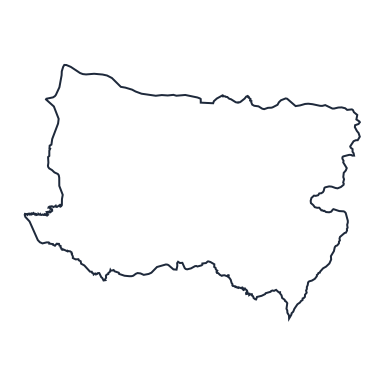 Khon Buri, Nakhon Ratchasima, Thailand, rotated 271°
{"feature_id": "78962969B59767339718712", "entity_name": "Khon Buri", "entity_type": "district", "adm_level": 2, "iso_a3": "THA", "parent_name": "Thailand", "parent_adm1": "Nakhon Ratchasima", "projection": "natural_earth1", "projection_center": [102.149, 14.385], "detail": "fine", "context": "isolated", "style": "outline", "palette": "slate", "viewbox_px": 384, "rotation_deg": 271, "n_neighbors": 0, "source": "geoboundaries", "source_scale": "gbopen_adm2", "svg_char_len": 5919}
<svg xmlns="http://www.w3.org/2000/svg" viewBox="0 0 384 384"><g transform="rotate(271 192 192)"><path d="M159.7,30.1L141.2,38.7L139.1,40.8L138.0,43.4L139.1,47.6L139.1,49.5L138.8,50.1L137.9,50.1L137.5,53.8L136.9,53.8L135.9,55.9L137.1,56.7L137.5,58.0L137.9,58.0L137.8,59.9L136.1,60.4L135.7,61.6L134.2,61.6L133.6,62.3L132.9,62.4L132.7,63.1L132.0,63.2L131.9,64.0L132.3,64.5L130.8,67.9L131.1,68.4L130.5,68.9L130.8,69.3L130.5,71.3L129.5,72.7L128.4,72.7L128.2,73.1L127.5,73.0L125.6,74.0L123.9,74.0L122.6,76.8L122.8,79.6L121.7,80.1L120.8,81.9L118.4,82.4L116.7,85.6L110.6,91.4L110.5,93.2L109.6,93.4L108.8,94.8L107.8,95.1L108.7,96.3L108.8,96.8L108.0,97.4L108.6,97.9L108.5,98.7L109.3,99.4L109.3,100.7L105.2,102.8L104.5,103.8L102.0,105.1L102.3,106.8L102.8,106.4L104.8,107.6L106.7,107.4L107.8,108.0L108.5,109.7L109.4,109.7L110.9,111.4L112.6,111.8L112.1,112.1L112.0,113.2L112.6,115.0L111.4,115.9L110.0,120.2L108.8,120.6L107.1,126.0L106.7,130.9L106.8,133.2L107.3,134.8L109.2,137.2L110.0,139.0L109.7,141.9L108.3,145.2L109.3,150.1L110.6,152.8L116.4,158.3L119.1,167.2L118.9,168.9L118.4,169.9L114.3,174.8L114.1,177.9L117.9,178.6L120.6,178.4L122.0,179.3L120.8,181.1L121.0,183.6L115.7,186.1L114.9,187.1L114.6,188.5L115.6,192.3L117.9,196.3L118.1,197.6L117.6,198.7L118.8,202.8L119.5,203.6L120.7,203.6L121.2,207.2L122.8,208.9L122.9,209.6L122.3,211.7L120.1,215.6L117.5,215.5L116.5,216.9L115.0,217.2L113.7,218.7L112.5,217.9L111.5,218.4L111.3,219.7L109.7,221.3L108.7,223.3L109.2,224.3L109.3,226.0L108.4,228.6L109.5,229.6L109.3,230.2L107.5,229.9L106.9,230.8L105.0,232.2L101.7,233.2L100.5,234.1L99.3,234.0L98.8,234.4L98.4,237.0L97.7,237.1L97.8,238.1L97.1,238.9L97.6,239.7L96.9,240.3L97.3,241.1L96.6,243.1L97.3,243.6L97.4,244.1L96.6,244.7L95.5,244.6L94.9,245.2L95.2,245.8L96.4,245.7L96.5,246.6L95.5,247.1L95.2,248.0L94.2,248.8L93.1,248.6L91.9,247.8L90.9,248.0L91.0,248.6L92.3,249.0L92.4,249.4L91.2,249.6L91.3,251.0L89.9,251.0L90.9,252.8L90.8,253.7L89.5,253.8L88.8,254.9L87.0,255.5L85.8,257.2L85.7,258.0L88.2,258.8L89.4,263.4L91.2,266.9L92.1,267.4L93.6,272.3L94.4,272.9L94.9,274.1L94.6,275.7L95.6,277.8L93.2,280.5L93.3,281.8L92.1,281.8L90.3,283.3L87.6,284.0L85.9,286.5L84.8,286.8L84.1,288.0L82.5,289.2L76.9,288.5L75.3,289.3L72.9,289.5L70.3,291.1L67.2,291.3L71.1,293.5L72.5,293.7L74.1,295.3L77.0,296.4L81.6,299.4L83.4,301.9L84.8,302.8L85.9,304.4L87.5,304.5L88.0,305.7L89.1,306.7L91.3,306.8L93.3,308.4L95.5,307.8L97.0,308.5L99.0,308.5L100.9,309.3L103.7,309.7L104.7,310.7L105.5,313.4L107.3,316.3L110.0,318.3L111.2,318.3L112.0,319.3L113.3,319.9L113.6,321.2L114.6,321.5L118.0,324.4L119.7,327.3L122.9,330.6L126.9,332.3L130.3,332.0L135.3,334.9L139.2,335.7L140.5,336.6L141.1,338.1L143.2,339.8L144.9,339.8L146.2,340.7L148.0,340.3L149.7,340.8L153.7,345.3L154.0,346.6L156.2,347.7L157.8,347.5L159.0,348.2L161.9,347.7L164.1,348.3L165.9,348.3L173.6,346.1L174.9,344.9L175.3,344.0L175.5,339.6L177.3,333.8L176.9,333.1L174.8,331.6L174.1,329.5L174.3,326.4L175.5,324.6L175.3,323.7L176.0,322.7L175.9,321.7L178.5,319.5L178.4,317.4L179.0,315.0L181.0,313.5L183.0,311.1L185.2,310.8L188.1,311.5L190.5,314.0L190.3,315.8L191.0,318.2L192.8,319.3L193.0,321.2L194.0,322.8L195.5,323.7L198.3,324.3L199.0,325.1L200.0,329.0L199.8,331.6L198.5,335.5L198.2,337.5L199.6,340.8L201.8,343.4L202.9,343.6L204.1,343.0L207.4,343.8L209.6,343.0L213.8,343.4L216.2,345.4L218.6,346.3L224.2,342.7L225.8,343.0L227.9,341.8L229.4,341.8L230.2,342.5L231.9,348.6L231.8,350.6L231.2,351.6L231.2,353.4L233.6,352.9L235.1,351.8L237.7,351.8L239.1,349.9L240.4,349.4L245.6,352.7L246.6,354.8L246.7,356.8L250.2,358.8L253.9,357.5L255.9,355.8L259.7,353.7L261.6,353.9L262.9,357.3L264.7,358.6L265.4,358.2L267.4,355.1L271.9,355.9L274.6,352.5L276.7,351.5L277.4,350.4L276.8,345.7L278.4,343.7L279.2,340.2L279.0,336.8L277.9,332.5L277.9,330.9L281.2,323.7L280.4,320.8L280.4,318.6L281.9,310.9L282.3,306.7L282.0,303.5L280.5,298.6L279.7,294.1L286.9,285.5L287.2,284.0L285.3,279.4L283.2,277.3L280.7,276.0L278.2,271.4L277.7,270.1L277.5,266.5L276.1,262.7L276.5,260.8L278.8,257.0L279.3,252.7L280.4,250.7L282.7,249.7L284.0,249.8L284.3,248.8L284.8,248.9L284.9,248.5L286.1,248.8L287.1,247.3L287.5,247.3L287.7,246.7L288.2,246.9L289.0,246.0L288.3,244.5L286.3,243.0L283.1,239.1L282.5,238.1L282.5,236.6L282.1,236.4L282.5,234.2L285.4,229.4L285.9,227.6L287.6,225.6L287.8,223.9L288.3,223.3L288.2,221.3L289.0,221.3L289.2,220.9L285.9,215.2L283.2,212.3L281.1,211.6L281.5,199.2L285.1,199.1L285.7,198.3L286.6,195.8L288.9,183.6L288.0,174.7L288.8,171.7L288.1,166.1L288.4,160.1L287.6,154.1L289.4,139.8L291.5,133.8L293.3,130.3L295.2,123.5L295.9,119.0L304.6,109.9L307.0,105.0L307.9,100.5L308.5,92.1L307.7,84.0L308.0,80.8L309.0,78.0L315.0,68.6L316.8,64.1L316.8,62.1L314.9,61.0L310.4,59.7L306.5,59.6L294.4,57.6L286.7,54.2L285.4,53.2L284.2,51.4L282.7,44.8L282.0,44.4L275.1,52.4L262.8,57.4L258.1,56.9L242.5,51.3L236.9,50.6L235.9,48.9L232.9,48.7L232.7,49.4L230.8,48.6L225.6,48.7L224.4,47.5L218.7,47.9L215.7,47.5L214.5,47.8L213.1,48.8L211.5,51.6L209.2,54.1L207.7,57.5L206.4,58.5L203.9,59.0L195.8,59.2L186.9,62.8L182.6,62.1L176.6,62.1L175.8,61.6L176.1,61.2L176.8,61.5L176.9,60.4L176.2,60.0L175.4,60.8L175.1,60.5L176.2,59.4L174.7,57.2L174.8,56.6L175.8,56.1L175.1,55.6L175.2,54.8L174.5,53.8L175.3,52.2L175.0,50.4L174.1,50.7L174.7,49.5L174.3,48.9L173.9,48.8L174.0,49.6L173.5,50.2L172.6,50.7L172.2,52.4L171.0,52.5L170.9,51.9L170.3,52.0L169.3,50.7L170.0,50.1L169.3,49.7L169.8,48.8L169.5,47.4L168.8,48.1L168.0,48.1L168.0,47.1L167.3,47.1L166.6,48.3L165.9,47.5L166.3,46.5L166.7,46.8L166.6,46.0L167.4,45.2L167.2,44.8L166.5,44.8L166.5,43.5L166.9,42.8L166.4,41.7L166.6,40.9L167.2,40.6L166.7,40.2L166.7,39.6L167.5,38.7L166.8,38.5L166.3,36.8L167.3,36.5L167.4,36.0L166.7,36.0L166.6,35.5L167.5,35.1L167.4,34.6L168.2,33.9L167.9,33.6L167.3,33.8L167.1,32.9L167.9,32.2L167.5,31.1L167.0,31.2L167.4,30.1L166.8,30.0L167.4,29.2L166.9,28.7L167.1,28.1L166.3,27.8L167.1,26.7L167.2,25.5L166.3,25.6L166.1,25.2L164.2,25.8L159.7,30.1Z" fill="none" stroke="#1e293b" stroke-width="2"/></g></svg>